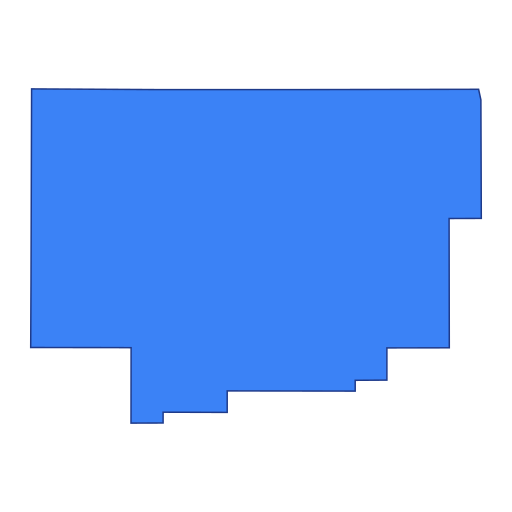 the district of Comanche, Oklahoma, United States of America
{"feature_id": "52423323B36141291253557", "entity_name": "Comanche", "entity_type": "district", "adm_level": 2, "iso_a3": "USA", "parent_name": "United States of America", "parent_adm1": "Oklahoma", "projection": "orthographic", "projection_center": [-98.458, 34.631], "detail": "fine", "context": "isolated", "style": "filled", "palette": "blue", "viewbox_px": 512, "rotation_deg": 0, "n_neighbors": 0, "source": "geoboundaries", "source_scale": "gbopen_adm2", "svg_char_len": 398}
<svg xmlns="http://www.w3.org/2000/svg" viewBox="0 0 512 512"><path d="M157.4,89.6L31.6,88.9L31.0,282.8L30.7,347.5L116.7,347.6L131.1,347.7L131.0,423.1L163.1,423.0L163.1,412.2L227.2,412.4L227.2,390.9L355.2,391.1L355.2,380.3L386.9,380.1L386.9,347.9L449.3,347.8L449.1,218.5L481.3,218.4L480.9,99.9L478.6,89.3L299.1,89.6L202.7,89.6L157.4,89.6Z" fill="#3b82f6" stroke="#1e3a8a" stroke-width="1.5"/></svg>